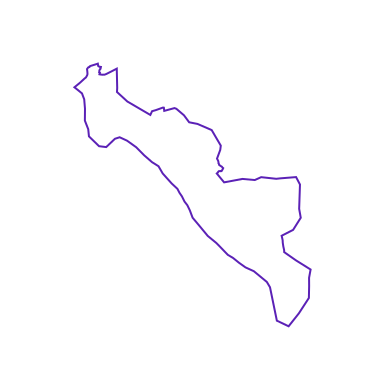 Ogbaru, Anambra, Nigeria, rotated 299°
{"feature_id": "59680162B97395677882832", "entity_name": "Ogbaru", "entity_type": "district", "adm_level": 2, "iso_a3": "NGA", "parent_name": "Nigeria", "parent_adm1": "Anambra", "projection": "albers", "projection_center": [6.751, 5.908], "detail": "fine", "context": "isolated", "style": "outline", "palette": "violet", "viewbox_px": 384, "rotation_deg": 299, "n_neighbors": 0, "source": "geoboundaries", "source_scale": "gbopen_adm2", "svg_char_len": 1999}
<svg xmlns="http://www.w3.org/2000/svg" viewBox="0 0 384 384"><g transform="rotate(299 192 192)"><path d="M226.6,38.4L225.5,44.8L225.2,46.3L224.9,48.0L223.5,49.6L220.8,52.8L215.7,56.2L213.0,58.0L202.5,63.7L196.6,70.8L190.7,74.9L187.0,88.5L189.7,95.2L201.2,98.8L204.8,102.2L205.4,110.2L204.1,121.5L200.9,132.4L198.7,142.7L198.6,145.2L198.3,150.2L194.0,157.4L189.6,170.1L187.7,177.7L185.2,181.5L183.3,185.3L180.0,190.1L178.2,194.3L174.9,199.0L169.8,205.0L165.6,215.9L161.2,227.1L159.2,238.0L158.0,242.1L154.4,253.8L154.2,260.0L152.9,267.4L152.0,275.3L152.7,284.5L149.6,301.1L146.5,306.4L120.6,328.6L121.4,341.6L137.7,344.3L156.0,345.6L166.6,340.0L173.7,336.0L181.7,333.3L182.6,316.2L184.1,301.8L185.9,300.7L188.6,298.3L191.6,296.0L193.7,294.7L195.1,293.5L197.2,291.6L207.9,298.8L222.2,299.6L229.2,293.9L250.9,282.8L255.5,275.8L246.6,262.4L244.4,259.3L238.5,245.3L232.9,241.1L227.9,229.8L216.0,215.4L220.2,204.7L221.1,205.0L221.4,205.1L221.7,205.2L222.3,205.1L222.8,205.3L223.1,205.3L223.5,205.8L224.0,206.5L224.0,206.8L224.4,207.1L224.6,207.7L226.8,207.8L228.0,207.7L228.2,206.7L228.6,205.9L228.6,204.8L228.7,204.4L228.8,204.0L228.7,203.5L228.9,202.5L229.5,202.1L230.0,201.2L230.3,201.1L230.8,200.8L232.0,199.7L233.3,197.7L242.5,196.3L246.5,194.7L255.7,179.2L254.2,163.8L251.6,155.7L255.2,147.8L257.2,138.0L256.9,136.0L249.5,128.4L252.1,126.5L251.8,125.7L246.0,120.6L244.7,119.3L243.3,117.9L239.2,118.2L239.8,91.6L243.1,77.9L246.8,76.1L263.4,66.4L258.6,63.2L253.6,59.8L252.3,58.7L251.1,56.7L250.2,54.5L250.2,54.3L250.1,54.0L251.6,53.7L251.6,52.8L252.5,52.5L253.1,52.2L253.7,52.0L254.1,52.0L254.7,52.1L255.1,52.2L255.8,51.8L255.9,52.1L257.2,51.7L257.0,51.2L256.8,50.3L256.7,49.7L256.6,49.4L256.6,49.2L256.8,48.8L257.3,48.4L257.6,48.2L258.6,47.4L257.8,46.7L252.9,42.0L252.4,41.7L251.9,41.6L251.5,41.7L251.2,41.2L250.5,40.8L248.6,40.6L247.8,41.2L246.1,42.4L245.6,42.7L245.0,43.1L244.2,43.5L243.3,43.7L240.8,43.7L239.1,43.0L233.1,41.0L226.6,38.4Z" fill="none" stroke="#5b21b6" stroke-width="2"/></g></svg>